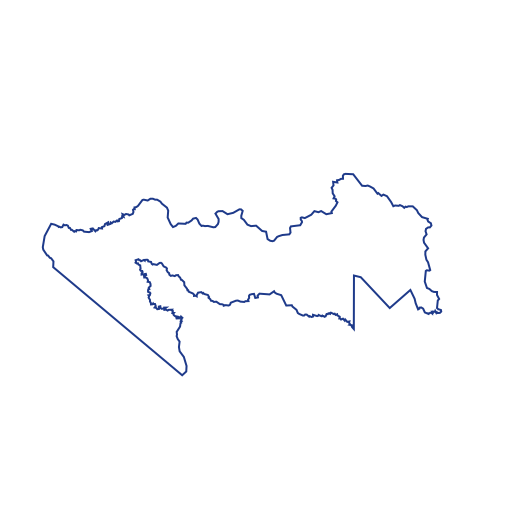 the district of Chitambo, Central, Zambia, rotated 310°
{"feature_id": "96606910B62371668778538", "entity_name": "Chitambo", "entity_type": "district", "adm_level": 2, "iso_a3": "ZMB", "parent_name": "Zambia", "parent_adm1": "Central", "projection": "natural_earth1", "projection_center": [30.302, -12.89], "detail": "fine", "context": "isolated", "style": "outline", "palette": "blue", "viewbox_px": 512, "rotation_deg": 310, "n_neighbors": 0, "source": "geoboundaries", "source_scale": "gbopen_adm2", "svg_char_len": 6145}
<svg xmlns="http://www.w3.org/2000/svg" viewBox="0 0 512 512"><g transform="rotate(310 256 256)"><path d="M394.9,363.7L392.5,358.2L393.2,352.7L394.5,349.8L394.8,344.2L392.0,340.8L390.4,340.0L389.9,338.8L388.2,338.6L388.3,336.3L387.5,333.5L386.2,333.1L384.1,330.1L382.4,329.2L384.2,324.8L386.0,317.9L384.9,314.1L382.7,313.5L382.8,309.2L381.8,309.0L383.3,302.6L382.5,298.5L381.8,296.3L380.0,294.9L378.0,292.1L381.1,277.9L376.4,271.7L375.0,270.8L373.3,271.0L371.1,273.0L369.6,271.4L367.9,270.9L366.1,269.4L364.6,271.1L362.4,267.4L359.9,270.0L356.8,270.1L355.9,272.1L353.3,274.5L352.3,277.8L350.0,278.4L351.0,280.2L350.8,281.1L349.5,281.9L349.5,283.9L345.8,284.8L338.5,285.2L337.6,286.5L333.2,283.0L332.3,277.0L329.7,275.7L327.9,271.9L323.1,271.8L319.2,270.2L316.4,269.0L315.1,266.3L314.0,265.7L312.7,266.8L312.2,268.7L311.5,269.5L308.0,270.1L301.1,263.7L299.3,264.1L296.1,267.4L294.0,267.6L289.0,262.7L286.0,260.8L284.2,259.9L279.4,260.0L278.0,259.2L276.8,257.1L276.4,254.0L281.1,248.1L279.1,244.6L279.3,236.6L275.7,233.0L274.5,229.3L275.9,223.4L275.6,220.4L277.3,218.9L282.0,216.8L282.1,214.6L281.1,213.3L274.4,210.8L269.7,207.3L268.9,201.5L266.2,198.5L265.0,197.9L262.4,197.7L260.3,203.6L258.1,205.4L256.0,206.3L252.0,206.2L250.6,204.9L248.1,199.8L246.1,197.7L245.1,195.8L244.0,195.0L244.4,191.8L246.4,187.8L246.6,185.6L244.2,183.8L241.8,183.8L238.0,182.7L236.9,181.3L235.4,181.4L231.0,175.6L227.5,175.2L224.8,173.8L225.6,170.1L228.7,163.6L234.3,159.6L235.8,156.7L235.6,150.3L236.2,147.8L235.6,144.1L234.3,142.5L233.6,140.2L232.0,138.3L228.9,137.4L227.0,133.8L225.9,133.0L218.6,133.4L216.6,132.9L215.1,131.7L213.9,133.0L213.3,132.2L212.3,132.1L211.0,133.8L209.1,134.5L205.7,132.8L205.9,131.7L204.6,129.4L202.9,128.8L202.3,126.9L200.9,129.3L200.5,127.9L198.8,128.9L196.5,127.5L194.6,128.6L193.8,127.9L194.4,127.5L193.8,126.6L191.7,126.3L190.9,124.8L188.4,124.5L188.3,123.2L186.9,123.8L184.4,122.3L184.8,121.6L185.8,122.1L186.8,121.1L183.4,119.8L181.4,120.7L179.1,119.4L178.1,120.4L176.3,117.6L174.6,118.1L173.4,117.8L173.1,117.0L171.7,117.1L172.2,113.4L171.3,113.4L171.1,112.2L170.5,111.9L169.6,114.2L167.0,112.8L164.1,108.6L164.3,106.8L163.1,104.5L162.0,104.0L160.5,101.8L159.2,102.4L158.5,101.1L157.7,101.1L157.7,98.1L157.1,97.5L157.9,95.4L157.2,94.5L158.3,92.4L157.9,90.9L156.6,89.8L156.3,88.4L153.6,89.0L152.4,88.0L152.1,86.6L151.4,86.2L151.6,85.3L150.6,81.6L149.0,78.4L135.4,81.3L125.7,87.0L124.1,89.0L122.2,95.6L122.7,96.5L122.1,99.2L122.6,100.5L121.7,104.3L117.1,107.8L117.2,276.1L122.7,276.8L127.1,273.5L132.3,265.6L133.9,258.8L136.7,255.5L141.3,252.5L142.1,249.4L143.6,246.7L145.0,246.0L146.9,244.0L153.1,243.2L156.1,241.3L156.8,241.6L157.4,240.8L158.0,240.9L157.8,240.2L159.2,240.0L159.7,239.6L159.6,239.1L161.3,239.3L161.4,237.6L160.7,237.9L159.9,236.7L158.7,237.0L157.1,235.3L157.6,234.6L158.3,235.4L159.2,235.0L157.9,232.6L157.9,230.9L158.6,229.7L159.5,229.7L158.6,228.6L160.4,227.7L160.2,226.3L160.9,226.2L158.5,223.6L157.4,223.4L157.0,221.4L155.8,220.4L156.4,219.7L158.7,220.3L157.4,218.8L156.8,219.3L154.9,217.7L154.8,216.3L156.0,215.0L154.8,214.1L153.1,215.7L151.8,214.6L152.1,212.8L151.4,211.5L153.2,211.4L154.3,209.5L153.3,208.3L153.5,207.7L152.5,207.8L151.4,206.7L152.5,205.6L153.0,204.0L154.2,203.1L155.1,200.5L156.5,200.0L156.8,198.9L157.9,199.8L159.6,199.0L159.8,197.9L159.1,196.7L159.7,195.8L161.2,194.9L162.0,195.6L162.9,194.2L165.3,194.5L166.8,193.1L167.7,191.4L166.6,189.6L167.9,189.0L169.0,187.0L168.6,185.1L167.7,184.2L169.1,182.7L170.0,182.9L170.0,183.7L170.8,184.1L171.5,183.1L168.2,180.3L169.2,179.5L170.8,179.5L171.4,178.5L170.6,177.2L171.0,176.0L172.1,175.7L174.4,173.3L173.9,171.5L174.5,170.3L173.7,169.7L173.5,168.1L174.2,168.1L175.4,166.5L178.0,168.1L177.7,169.2L178.3,170.0L178.1,171.3L180.8,172.6L180.9,173.5L181.3,173.1L183.2,175.0L183.4,175.9L182.6,176.9L184.0,179.4L183.0,181.1L183.0,182.3L183.8,182.6L185.5,185.8L188.7,186.6L189.7,187.6L189.8,188.7L188.7,191.9L189.4,194.8L189.1,195.9L187.7,196.6L186.9,198.8L187.0,200.5L186.0,201.6L186.0,203.5L187.4,204.5L188.4,206.7L189.9,207.1L191.3,208.6L190.7,209.9L190.7,211.7L189.6,213.8L190.0,214.4L189.8,217.8L187.5,220.0L186.6,224.2L185.7,225.5L186.2,226.1L185.4,227.4L186.7,231.6L186.6,233.4L185.6,234.2L186.7,235.2L187.0,236.5L187.9,235.7L190.7,235.2L193.2,237.4L193.0,239.2L193.8,239.4L193.6,240.7L195.2,244.2L194.4,246.4L193.5,246.5L193.5,248.8L192.8,250.3L193.7,251.7L193.7,253.2L195.5,255.0L195.9,259.3L197.2,261.0L197.8,262.9L197.3,263.3L198.9,264.4L200.5,266.9L202.0,267.4L204.0,266.7L208.9,269.4L210.2,270.7L211.1,273.5L213.3,276.6L214.5,276.9L216.6,279.2L217.4,278.0L219.5,277.7L220.9,276.3L222.2,276.1L223.8,277.1L225.7,278.8L223.4,282.4L225.5,284.1L226.7,282.7L229.4,282.9L235.3,291.1L240.6,292.5L240.1,293.7L240.3,295.9L242.2,300.5L237.5,311.0L241.3,315.1L240.7,316.4L240.8,321.6L239.2,324.7L239.4,326.4L240.5,330.1L241.3,331.1L242.8,331.3L243.7,332.5L243.7,335.7L244.4,335.7L245.0,337.8L246.3,338.6L247.6,337.5L249.3,341.5L250.5,342.2L251.1,341.9L251.9,344.8L252.8,345.0L252.6,345.5L253.5,346.4L253.4,347.5L254.5,348.1L256.9,347.4L257.6,348.4L258.6,348.3L259.2,349.8L259.8,349.3L260.7,349.7L261.6,353.1L262.4,353.4L262.1,354.9L263.5,355.6L262.8,356.5L263.3,359.1L261.7,360.0L262.3,360.7L262.0,362.0L263.9,362.9L263.5,365.5L264.7,365.2L264.2,368.3L265.9,369.6L264.7,370.2L264.2,371.9L263.4,371.8L264.6,374.0L263.9,374.2L263.3,375.3L262.9,377.9L304.0,343.6L307.1,349.9L302.1,391.9L329.2,396.1L325.2,405.0L322.5,408.6L319.3,414.5L320.7,415.0L321.6,414.5L322.8,415.7L323.1,417.9L321.3,421.6L322.4,425.1L322.8,424.8L323.4,425.7L324.4,425.9L325.2,426.7L325.2,427.7L326.1,426.8L326.3,427.9L327.2,427.3L328.2,428.9L329.1,428.6L328.2,430.8L329.1,430.8L328.8,431.5L330.6,433.4L332.5,433.6L333.5,432.4L332.4,429.8L332.5,428.1L338.7,423.9L340.8,423.9L342.5,419.7L344.8,417.8L342.9,415.5L342.1,413.3L342.2,410.0L341.4,407.5L344.9,401.7L353.7,395.7L354.8,396.0L356.3,398.3L357.2,398.5L361.8,391.8L362.7,388.9L365.8,384.9L368.4,382.8L372.5,382.9L374.2,376.2L376.0,374.0L378.1,372.8L382.2,372.8L384.0,369.9L386.1,368.8L388.6,369.5L389.7,370.8L392.1,370.8L393.5,368.9L393.1,365.7L394.0,364.0L394.9,363.7Z" fill="none" stroke="#1e3a8a" stroke-width="2"/></g></svg>